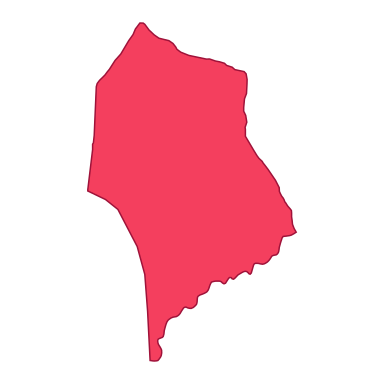 outline of Conguaco, Jutiapa, Guatemala
{"feature_id": "79465075B31085680066755", "entity_name": "Conguaco", "entity_type": "district", "adm_level": 2, "iso_a3": "GTM", "parent_name": "Guatemala", "parent_adm1": "Jutiapa", "projection": "natural_earth1", "projection_center": [-90.0, 14.001], "detail": "fine", "context": "isolated", "style": "filled", "palette": "rose", "viewbox_px": 384, "rotation_deg": 0, "n_neighbors": 0, "source": "geoboundaries", "source_scale": "gbopen_adm2", "svg_char_len": 2737}
<svg xmlns="http://www.w3.org/2000/svg" viewBox="0 0 384 384"><path d="M296.2,232.2L294.1,228.5L292.5,224.3L292.1,220.3L291.6,216.8L291.6,215.5L291.6,212.9L291.4,210.5L290.2,208.9L288.9,207.4L287.9,206.3L286.9,204.8L285.8,203.0L284.7,201.6L284.2,200.0L283.2,198.1L281.7,196.2L280.3,193.5L279.4,191.4L279.2,187.6L275.5,180.4L267.9,169.2L262.9,162.7L262.3,161.5L259.0,158.4L257.0,155.7L253.7,150.3L245.4,136.3L245.4,129.3L245.1,127.4L246.8,122.2L245.7,115.4L243.7,111.2L243.7,107.5L244.5,98.8L246.5,93.5L247.0,83.8L247.1,79.4L246.1,73.8L244.1,71.6L234.8,69.6L232.2,67.2L226.6,65.4L224.5,63.3L219.6,61.8L215.4,61.0L209.6,59.0L206.4,59.1L188.8,55.4L180.8,52.2L176.9,49.3L175.8,47.1L173.0,43.5L169.0,40.7L158.9,38.2L154.2,34.9L149.1,30.1L144.8,24.3L143.2,23.1L139.9,23.0L135.4,29.0L133.1,34.5L128.7,40.7L120.8,54.0L115.1,60.4L109.4,69.3L107.5,71.6L104.9,75.1L100.0,79.9L99.2,80.8L97.2,83.5L96.3,86.7L94.2,135.4L93.4,142.9L92.6,144.2L92.6,149.6L87.8,189.6L87.8,191.0L105.5,199.5L117.9,209.4L137.2,246.5L144.8,274.4L147.6,311.3L150.1,360.5L151.6,360.7L152.9,360.9L154.5,361.0L155.7,360.9L156.8,360.8L157.9,360.5L158.8,359.5L159.7,358.3L160.7,356.8L161.3,355.3L161.7,352.9L161.6,350.2L161.2,349.1L160.2,347.2L159.1,345.5L158.4,344.3L157.9,342.7L157.7,341.1L157.8,340.0L158.3,339.1L159.4,338.5L160.2,338.2L161.2,337.8L162.3,337.4L163.2,336.5L163.9,334.1L164.3,330.5L165.1,327.4L165.9,324.6L166.9,322.0L168.0,320.3L169.1,319.3L171.0,318.0L172.9,317.2L174.5,316.9L176.3,316.6L177.6,315.9L178.7,315.1L180.1,313.5L181.6,310.9L182.6,309.4L183.6,307.9L184.4,307.4L185.4,307.1L186.4,307.2L187.5,307.8L189.4,308.3L191.2,308.4L193.4,307.4L194.2,306.7L195.1,305.9L195.9,305.1L196.6,304.1L196.9,302.9L197.1,301.9L197.2,300.2L197.4,297.8L197.9,296.4L199.3,295.4L200.2,294.9L202.2,294.2L203.4,293.7L204.1,293.4L205.7,292.6L206.9,291.8L208.1,290.2L208.6,289.1L209.1,287.7L209.5,286.4L210.0,285.0L210.4,284.1L210.9,283.1L211.5,282.1L213.4,281.5L214.5,281.3L215.7,281.1L217.4,281.1L219.0,281.1L219.9,281.2L221.2,281.7L222.5,283.0L224.0,283.8L225.5,283.2L228.7,278.2L229.8,277.5L231.2,277.6L232.1,278.8L233.6,279.2L235.2,277.9L237.8,275.1L238.6,274.5L240.0,273.7L242.2,272.4L243.2,271.9L244.2,271.5L245.5,271.3L246.8,271.6L248.2,272.8L248.9,273.7L250.1,274.2L251.3,273.0L252.0,270.5L253.2,266.3L253.7,264.8L254.4,263.7L255.7,263.3L257.1,263.3L258.5,263.4L260.5,263.9L262.6,264.2L264.3,263.8L265.7,263.1L267.4,262.0L268.8,260.6L269.9,259.2L271.0,257.5L271.5,256.6L272.3,255.8L273.7,255.3L275.4,255.0L276.3,254.8L277.3,254.0L278.3,252.6L278.7,251.4L279.0,249.8L279.3,247.3L280.5,242.9L281.0,241.3L281.6,239.5L282.1,237.9L283.2,236.4L286.2,236.1L288.1,235.8L289.6,235.6L291.3,235.1L293.7,233.8L296.2,232.2Z" fill="#f43f5e" stroke="#9f1239" stroke-width="1.5"/></svg>